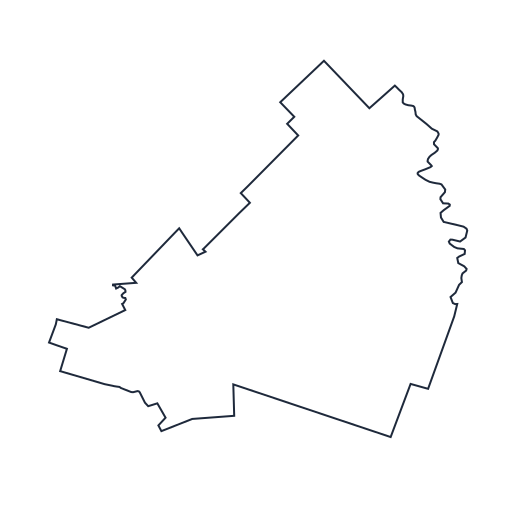 outline of Piatra, Teleorman, Romania, rotated 356°
{"feature_id": "2599482B63430265484644", "entity_name": "Piatra", "entity_type": "district", "adm_level": 2, "iso_a3": "ROU", "parent_name": "Romania", "parent_adm1": "Teleorman", "projection": "orthographic", "projection_center": [25.223, 43.835], "detail": "fine", "context": "isolated", "style": "outline", "palette": "slate", "viewbox_px": 512, "rotation_deg": 356, "n_neighbors": 0, "source": "geoboundaries", "source_scale": "gbopen_adm2", "svg_char_len": 2358}
<svg xmlns="http://www.w3.org/2000/svg" viewBox="0 0 512 512"><g transform="rotate(356 256 256)"><path d="M406.4,95.7L396.7,103.2L379.4,116.5L337.4,66.0L290.9,104.3L303.9,119.8L296.3,126.3L306.5,138.7L252.4,186.1L245.2,192.2L249.4,197.3L253.6,202.5L242.4,211.9L204.2,245.1L203.5,245.6L205.9,248.2L197.7,251.3L184.1,227.9L181.3,223.0L176.6,227.2L130.5,268.9L134.6,274.4L111.4,274.5L111.3,275.3L112.1,275.5L112.7,275.2L113.3,275.6L113.6,276.5L113.9,277.6L114.2,278.7L116.4,277.8L118.1,276.6L122.8,280.0L123.3,281.1L123.3,282.7L121.1,283.9L119.3,285.6L119.2,286.3L120.0,288.0L121.1,288.5L122.7,288.8L123.1,290.3L122.3,291.4L120.4,293.9L119.1,294.5L121.8,300.8L84.1,315.9L52.9,305.2L52.3,307.5L51.5,310.3L43.5,327.9L50.6,331.0L60.9,335.4L52.6,357.2L64.8,361.7L96.1,373.3L104.0,375.5L105.2,375.9L107.8,376.5L110.7,377.1L112.1,378.3L122.0,383.0L123.9,383.3L128.4,382.5L129.7,382.9L130.5,383.8L135.0,394.6L138.0,398.3L147.3,396.1L154.5,411.0L146.8,418.2L149.4,424.1L181.0,414.1L223.1,413.9L224.4,382.5L377.7,446.0L401.3,394.4L418.4,400.5L449.5,330.1L453.4,317.9L451.4,317.9L449.1,316.7L447.2,310.5L452.5,306.5L456.6,298.9L459.6,296.4L459.3,292.3L459.9,289.7L460.8,287.8L464.6,285.2L465.2,283.6L463.0,280.8L457.3,277.2L456.6,272.0L458.6,270.7L464.3,268.5L464.9,264.9L463.8,263.5L457.5,262.4L454.3,260.8L450.1,257.1L449.4,255.1L451.1,253.2L453.0,253.4L460.6,255.8L466.3,252.2L467.4,248.8L468.5,245.4L467.9,243.4L465.1,241.2L459.6,239.4L445.6,235.1L444.4,232.8L443.2,230.5L443.1,225.9L446.4,223.4L452.7,219.5L452.9,218.2L451.5,217.1L446.3,216.5L443.9,212.2L444.2,210.2L448.9,205.5L449.4,202.9L446.0,197.5L444.1,196.7L440.8,196.0L437.8,195.2L434.3,194.1L430.4,191.8L427.5,189.6L424.3,187.1L423.1,185.7L423.0,185.1L423.0,184.6L423.6,183.9L424.4,183.3L426.8,182.5L430.6,181.4L436.3,179.5L437.6,178.5L437.1,177.7L433.8,173.8L433.8,173.2L434.3,171.3L436.0,169.1L438.0,167.5L441.5,165.5L444.3,163.4L445.0,161.9L444.9,161.1L441.4,157.0L441.4,155.5L441.5,154.8L442.2,154.1L442.7,153.7L443.1,153.2L444.9,150.6L446.6,147.8L446.7,146.8L446.1,145.3L445.5,144.3L440.3,141.3L435.4,136.3L426.0,127.7L425.2,125.9L425.1,123.3L424.7,121.0L424.6,119.3L424.2,118.2L423.4,117.4L421.5,116.8L418.4,116.2L415.6,115.2L414.0,114.2L413.1,113.0L413.3,110.1L414.1,106.7L414.0,105.0L412.8,102.8L410.0,99.8L408.5,98.0L406.6,95.9L406.4,95.7Z" fill="none" stroke="#1e293b" stroke-width="2"/></g></svg>